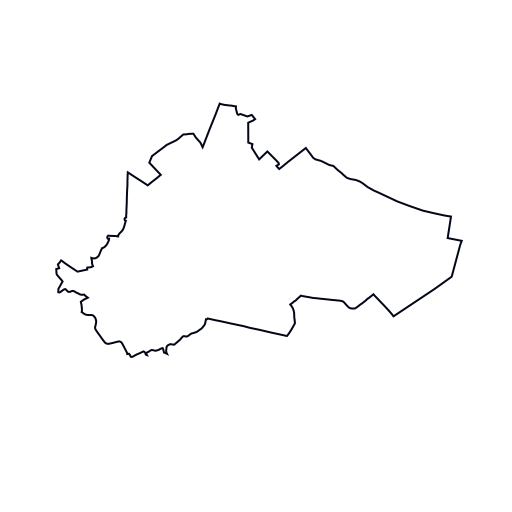 1er Arrondissement, Analamanga, Madagascar, rotated 137°
{"feature_id": "10022922B83786714905046", "entity_name": "1er Arrondissement", "entity_type": "district", "adm_level": 2, "iso_a3": "MDG", "parent_name": "Madagascar", "parent_adm1": "Analamanga", "projection": "orthographic", "projection_center": [47.52, -18.904], "detail": "fine", "context": "isolated", "style": "outline", "palette": "ink", "viewbox_px": 512, "rotation_deg": 137, "n_neighbors": 0, "source": "geoboundaries", "source_scale": "gbopen_adm2", "svg_char_len": 6160}
<svg xmlns="http://www.w3.org/2000/svg" viewBox="0 0 512 512"><g transform="rotate(137 256 256)"><path d="M288.0,176.4L287.7,176.4L285.2,176.8L280.7,177.9L277.2,179.0L273.5,180.2L273.2,180.6L272.8,181.0L272.4,181.4L272.0,182.0L271.6,182.7L271.3,182.9L271.1,183.2L270.6,184.1L266.6,188.8L265.8,190.2L264.9,192.2L264.4,193.9L264.2,195.3L264.1,196.1L264.0,197.2L263.2,197.1L261.9,196.9L260.4,196.8L260.2,196.8L259.2,196.8L258.2,196.5L256.7,196.4L254.7,196.5L252.7,196.4L251.0,196.4L250.5,196.4L250.2,196.4L249.4,195.1L248.4,193.8L247.3,192.3L246.2,190.9L245.0,189.3L243.4,187.1L242.3,185.7L241.1,184.5L237.9,180.7L236.0,178.6L234.2,176.5L233.0,175.1L231.5,173.4L230.3,171.9L228.4,169.9L226.8,168.0L225.7,166.8L224.7,165.6L223.9,164.4L223.3,163.0L223.2,161.6L223.3,158.9L223.3,157.0L223.3,155.3L222.9,154.2L222.5,153.2L221.9,152.5L221.1,151.6L220.1,150.7L219.4,150.2L217.3,149.7L215.1,149.5L213.2,149.4L211.9,149.2L210.9,149.0L208.4,148.8L205.4,148.6L203.4,148.7L202.8,148.4L201.3,148.3L199.3,148.1L196.2,147.9L196.3,146.4L196.2,141.9L196.2,137.8L196.1,132.0L196.1,127.2L196.2,123.4L196.3,120.7L196.6,118.1L148.5,110.2L127.0,107.4L99.0,124.9L95.2,126.8L103.6,138.4L89.2,149.7L86.5,151.9L90.2,156.6L96.2,165.2L103.1,175.5L109.8,188.2L115.6,199.9L120.0,210.9L123.6,219.9L125.1,223.3L127.3,230.1L128.5,237.0L129.4,240.0L131.2,243.6L134.4,247.8L136.2,251.1L136.7,255.1L136.9,258.5L137.6,263.0L138.0,269.1L140.3,272.5L142.3,277.8L143.6,281.2L146.7,286.3L147.2,288.9L146.6,294.2L146.0,300.4L145.9,301.0L168.5,303.0L170.4,303.1L175.1,303.4L179.7,303.8L179.7,305.0L179.7,305.9L179.6,308.0L176.8,307.4L176.1,308.3L176.0,312.2L176.4,324.7L187.8,324.5L185.2,338.1L182.3,340.3L184.3,344.2L170.8,358.8L167.9,357.8L165.6,357.0L163.3,356.7L163.0,360.5L162.9,362.1L167.1,363.9L170.6,370.5L172.7,371.3L172.9,372.2L172.4,373.5L170.1,377.7L168.6,379.1L170.1,380.9L171.2,382.5L172.7,384.1L174.1,385.8L175.3,387.2L176.2,388.3L177.0,389.5L177.7,390.5L178.3,391.5L178.6,392.2L190.1,386.6L203.8,380.2L220.0,372.3L220.9,371.9L220.7,372.7L219.6,375.8L219.3,377.5L219.3,380.3L219.2,383.7L218.6,386.9L218.5,387.8L218.5,388.2L219.6,389.2L222.1,391.3L224.0,392.5L226.2,394.4L227.1,394.5L230.0,394.6L233.0,394.7L235.7,395.1L245.7,398.2L246.7,398.2L263.9,400.0L270.4,397.0L270.3,380.3L271.5,380.4L275.4,380.6L278.6,380.9L281.9,381.2L287.0,381.5L288.4,387.3L290.6,395.9L292.7,404.6L294.7,402.7L295.7,401.7L298.8,398.6L301.5,395.7L305.6,391.8L310.2,387.2L314.7,382.6L317.9,379.5L319.7,377.7L321.6,375.7L323.0,374.5L324.7,372.7L324.9,372.8L325.3,373.0L325.7,373.1L326.2,373.1L326.6,372.9L326.9,372.7L327.2,372.4L327.4,372.1L327.5,371.6L327.5,371.0L327.2,370.6L331.6,367.9L332.5,367.4L333.9,366.6L334.9,366.2L335.9,365.9L337.4,365.7L338.7,365.6L340.2,365.6L341.6,365.4L342.8,365.0L343.2,364.6L343.5,364.3L343.8,364.6L344.7,366.0L348.7,370.0L349.4,370.7L349.7,371.2L350.2,371.7L350.7,371.6L351.1,371.6L351.5,371.5L352.0,371.2L352.4,370.6L352.6,369.9L352.4,369.2L351.7,368.8L352.9,367.8L356.7,366.3L358.6,365.9L359.6,365.9L360.7,365.9L361.8,366.1L363.4,366.7L364.3,366.3L364.8,366.1L366.5,365.4L368.4,364.5L370.9,363.4L371.9,363.4L373.0,363.4L373.8,363.5L374.7,363.8L375.2,364.0L376.2,364.8L377.0,365.6L377.7,366.9L378.3,366.1L379.0,364.9L379.6,363.9L380.5,362.9L381.0,362.4L381.5,361.4L381.8,360.8L381.9,360.3L382.2,359.7L384.1,360.2L385.6,361.3L387.2,362.6L387.8,362.3L388.7,361.2L397.2,366.3L398.9,373.3L400.7,381.2L400.9,382.7L401.3,384.9L401.5,385.7L404.2,385.1L405.4,385.1L406.0,385.0L406.5,385.0L406.7,384.9L407.3,383.5L407.9,382.2L408.3,381.3L408.5,381.4L411.0,382.7L412.3,381.1L413.5,379.7L413.9,379.1L414.3,378.3L414.4,377.4L414.6,373.3L414.6,371.5L414.8,369.3L422.3,366.9L423.2,366.5L423.6,366.1L425.3,364.3L424.6,363.4L424.1,363.2L423.6,363.0L423.2,363.0L422.0,362.9L420.9,362.7L419.6,362.6L418.6,362.2L418.0,361.8L417.9,361.2L417.9,359.3L417.8,358.1L417.3,357.3L416.9,356.9L416.1,356.5L415.4,356.3L414.7,356.0L414.2,355.7L413.4,355.0L413.0,354.0L412.8,353.6L412.7,352.7L411.6,350.1L411.5,349.7L411.2,348.7L410.9,348.0L410.8,347.7L409.8,346.4L409.1,345.8L408.0,345.0L408.0,343.8L407.8,342.2L407.4,340.2L409.2,340.7L411.2,341.4L413.5,341.7L415.3,342.0L415.7,341.4L416.8,339.5L417.9,338.0L418.8,336.8L420.0,335.3L421.4,334.0L421.7,333.9L421.4,332.5L421.1,331.0L420.8,329.8L420.2,328.8L419.2,327.5L418.0,326.3L416.9,325.4L416.4,324.8L416.0,324.2L415.7,323.5L415.6,322.7L415.7,320.9L415.7,320.6L416.4,318.9L417.2,317.6L417.6,317.0L418.9,315.9L421.5,314.1L422.2,313.8L423.1,312.6L423.3,312.1L423.7,310.5L424.1,307.6L424.6,303.5L425.0,300.9L425.2,299.0L425.4,297.1L425.4,296.5L425.5,295.5L425.3,294.6L424.9,293.6L424.3,292.9L423.6,292.2L422.1,291.3L420.4,290.3L417.6,288.8L414.4,287.0L413.8,286.1L413.4,284.9L413.4,284.2L413.5,283.4L414.4,280.0L415.3,276.8L416.5,272.7L417.0,272.1L415.6,271.2L415.6,270.1L415.9,269.1L416.3,267.7L416.0,267.3L415.4,266.7L414.7,266.4L413.9,266.2L412.8,266.0L411.5,265.6L410.4,265.4L409.6,265.0L408.4,264.6L407.0,264.1L405.6,263.7L404.6,263.3L403.8,263.1L403.3,262.9L403.1,262.3L403.0,261.9L403.0,261.4L403.0,260.4L403.1,260.0L403.6,259.7L403.8,259.1L403.7,258.5L403.4,258.0L403.3,258.5L403.0,259.0L402.7,259.6L402.4,259.9L400.3,259.4L399.4,259.1L398.4,259.0L397.4,258.8L396.2,258.3L395.2,256.8L394.0,255.1L392.6,254.4L390.9,253.6L389.5,253.4L388.3,252.9L387.1,252.3L387.7,250.6L389.1,248.2L388.2,246.2L387.8,245.2L387.5,246.2L387.2,246.8L386.6,247.7L384.8,249.3L383.5,250.4L382.3,250.8L380.8,250.7L380.0,250.4L379.2,250.1L378.7,249.9L378.4,249.5L376.6,247.2L376.3,246.9L375.7,246.9L373.9,246.8L371.0,246.7L368.6,246.6L367.3,246.8L364.8,247.0L363.9,246.9L363.3,246.5L362.9,246.0L362.2,244.9L361.3,244.3L360.7,243.9L360.0,243.8L358.3,243.7L357.2,243.5L356.2,243.4L355.5,243.0L353.8,242.1L352.0,241.3L351.1,241.0L350.2,240.7L349.0,240.6L347.9,240.5L346.1,240.2L344.8,240.1L343.3,240.3L341.8,240.5L340.7,240.7L339.9,241.0L339.3,241.3L336.5,243.3L335.8,243.8L335.7,243.6L335.4,243.3L335.1,243.2L334.6,243.2L334.0,243.3L328.9,235.9L327.2,233.6L324.2,229.3L320.5,223.9L319.8,222.9L316.9,218.8L312.8,213.0L309.6,207.8L305.4,201.9L303.5,199.2L300.5,194.7L298.5,191.7L295.7,187.6L294.5,185.9L289.3,178.4L288.0,176.4Z" fill="none" stroke="#020617" stroke-width="2"/></g></svg>